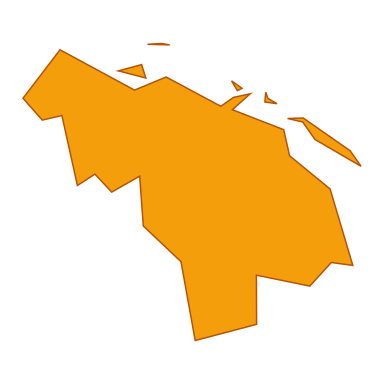 the Province of Villa Clara
{"feature_id": "CUB-1431", "entity_name": "Villa Clara", "entity_type": "Province", "adm_level": 1, "iso_a3": "CUB", "parent_name": "Cuba", "parent_adm1": "", "projection": "mercator", "projection_center": [-80.068, 22.547], "detail": "coarse", "context": "isolated", "style": "filled", "palette": "amber", "viewbox_px": 384, "rotation_deg": 0, "n_neighbors": 0, "source": "natural_earth", "source_scale": "10m", "svg_char_len": 709}
<svg xmlns="http://www.w3.org/2000/svg" viewBox="0 0 384 384"><path d="M60.0,49.8L134.5,90.1L166.1,77.0L220.8,106.3L233.5,97.4L250.2,93.8L232.3,109.7L283.7,129.7L289.6,155.8L330.1,189.0L352.8,265.4L331.3,262.5L309.8,286.1L256.4,275.2L256.6,324.3L195.2,340.5L181.0,261.7L143.3,226.0L139.7,176.1L111.7,192.1L94.9,174.1L77.4,185.5L61.9,115.5L42.3,120.1L23.0,98.3L60.0,49.8ZM361.0,166.3L315.0,139.5L302.7,122.0L287.6,118.5L303.2,118.0L350.2,150.8L361.0,166.3ZM118.3,70.9L141.6,64.6L145.8,78.0L118.3,70.9ZM147.5,44.3L161.4,43.5L169.7,44.9L147.5,44.3ZM277.0,103.7L264.9,102.0L265.7,92.2L267.9,98.4L277.0,103.7ZM231.6,80.9L242.0,88.3L237.4,90.6L231.6,80.9Z" fill="#f59e0b" stroke="#b45309" stroke-width="1.5"/></svg>